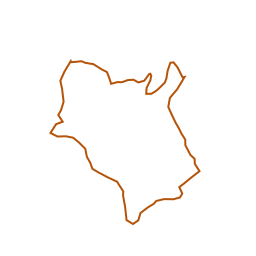 Mousere, Paphos, Cyprus (Robinson projection), rotated 121°
{"feature_id": "46923920B16150437689727", "entity_name": "Mousere", "entity_type": "district", "adm_level": 2, "iso_a3": "CYP", "parent_name": "Cyprus", "parent_adm1": "Paphos", "projection": "robinson", "projection_center": [32.705, 34.764], "detail": "fine", "context": "isolated", "style": "outline", "palette": "amber", "viewbox_px": 256, "rotation_deg": 121, "n_neighbors": 0, "source": "geoboundaries", "source_scale": "gbopen_adm2", "svg_char_len": 1213}
<svg xmlns="http://www.w3.org/2000/svg" viewBox="0 0 256 256"><g transform="rotate(121 128 128)"><path d="M100.3,211.5L109.0,211.5L112.5,211.5L122.4,210.3L128.1,204.9L138.7,196.7L147.6,194.5L152.7,194.5L156.3,187.2L161.7,191.6L172.2,191.9L172.2,191.6L171.6,184.0L167.1,177.0L164.6,170.1L165.5,163.4L167.8,153.9L173.9,148.4L177.2,142.5L181.3,137.5L181.3,130.0L180.7,119.8L179.8,111.0L179.6,109.9L184.8,99.4L188.2,97.6L189.3,96.7L196.8,90.1L207.7,81.8L207.7,74.3L201.9,71.6L194.4,73.5L185.6,70.0L179.6,66.8L176.0,66.2L170.4,60.5L165.7,52.4L160.8,47.7L156.3,47.7L152.2,53.6L147.3,51.6L138.3,48.4L128.2,44.5L124.3,52.3L120.1,55.0L119.0,60.5L113.2,70.0L108.4,73.0L105.3,79.3L101.9,84.5L99.0,89.8L93.7,97.9L89.2,104.3L80.6,107.6L69.4,105.8L55.1,105.8L56.5,107.3L50.5,116.8L50.4,117.0L48.3,122.8L50.3,125.3L58.5,123.5L65.8,120.6L70.0,119.8L75.6,121.2L79.3,122.2L82.9,123.6L86.7,125.7L89.3,130.0L84.1,132.7L75.7,133.4L71.0,135.1L70.0,136.9L71.0,137.7L74.1,137.9L79.1,138.4L83.6,142.6L83.8,148.2L87.1,152.9L91.9,156.8L94.1,160.7L98.8,165.2L94.9,169.7L90.9,174.8L91.3,180.6L91.1,190.7L92.6,194.2L94.2,198.6L94.7,202.3L97.4,205.8L99.1,208.1L101.0,210.8L100.3,211.5Z" fill="none" stroke="#b45309" stroke-width="2"/></g></svg>